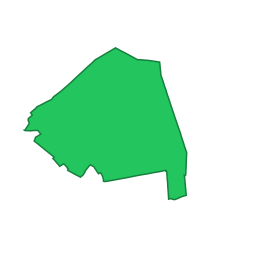 Berveni, Satu Mare, Romania, rotated 37°
{"feature_id": "2599482B34998434361639", "entity_name": "Berveni", "entity_type": "district", "adm_level": 2, "iso_a3": "ROU", "parent_name": "Romania", "parent_adm1": "Satu Mare", "projection": "mercator", "projection_center": [22.481, 47.774], "detail": "fine", "context": "isolated", "style": "filled", "palette": "green", "viewbox_px": 256, "rotation_deg": 37, "n_neighbors": 0, "source": "geoboundaries", "source_scale": "gbopen_adm2", "svg_char_len": 3129}
<svg xmlns="http://www.w3.org/2000/svg" viewBox="0 0 256 256"><g transform="rotate(37 128 128)"><path d="M203.3,160.4L204.3,159.0L204.5,158.7L205.7,158.4L206.4,158.1L207.6,157.6L208.5,157.0L209.1,156.1L212.1,150.7L213.6,148.6L214.2,147.8L215.0,146.7L213.1,144.6L210.6,141.8L208.1,139.1L205.6,136.3L204.2,134.8L202.4,132.9L201.5,131.9L202.3,131.9L202.3,130.7L200.3,127.8L198.4,124.9L196.4,122.1L195.1,120.3L193.7,118.2L191.7,115.3L189.8,112.5L187.1,110.6L184.2,108.7L181.7,106.8L178.8,104.8L175.3,102.4L173.4,100.9L171.3,99.5L169.7,98.4L169.2,98.1L167.4,96.9L164.6,95.0L163.6,94.3L161.8,93.1L158.8,91.1L156.0,89.1L152.6,86.8L149.7,84.8L146.8,82.8L143.8,80.7L140.5,78.5L137.0,76.0L135.6,74.9L134.0,73.9L132.9,73.2L130.6,71.6L128.5,70.0L125.6,68.1L122.7,66.2L120.1,63.3L118.3,61.4L116.0,58.9L113.6,56.3L111.0,57.7L108.6,59.0L106.4,60.2L104.6,61.2L104.0,61.5L101.6,63.0L99.3,64.5L97.0,65.9L94.9,67.4L94.7,67.7L92.5,68.0L90.0,68.4L86.5,68.9L84.3,69.2L81.8,69.6L78.2,70.2L76.7,70.5L73.3,71.0L69.8,71.5L68.6,74.4L67.5,77.2L66.0,80.6L64.8,83.6L63.4,87.0L62.1,90.2L60.7,93.4L60.6,94.3L60.4,95.5L60.0,98.2L59.3,101.6L58.9,103.6L58.6,105.4L58.3,106.9L58.1,108.4L57.5,111.8L56.8,115.3L56.2,118.8L55.6,122.2L55.1,125.5L54.4,129.1L54.1,130.6L53.7,132.5L53.1,134.9L53.1,135.5L52.9,135.9L52.6,138.0L51.8,140.7L51.3,142.5L50.6,145.1L49.8,147.6L49.8,149.3L49.8,150.1L49.8,151.3L48.5,153.7L47.3,156.0L46.3,158.1L45.3,160.3L43.9,163.2L42.5,165.8L42.6,166.8L42.6,167.1L42.1,169.3L41.5,172.1L41.2,173.6L41.0,174.4L42.4,174.9L43.4,175.2L43.8,175.4L43.5,176.9L42.9,179.6L42.7,180.6L43.8,182.1L45.4,182.9L46.2,183.8L46.4,184.4L46.6,185.5L46.7,187.6L46.8,188.9L46.8,189.3L46.9,191.1L46.9,191.8L46.6,192.1L46.9,192.1L47.3,192.0L47.9,191.6L50.1,190.1L51.0,189.5L51.6,189.1L51.9,188.9L52.7,188.1L52.9,187.9L53.2,187.6L53.6,187.3L54.5,186.5L54.8,186.3L55.1,186.0L56.1,185.3L56.9,184.7L57.6,184.2L58.9,184.5L62.0,185.4L60.9,188.3L59.7,191.2L60.2,192.1L60.9,194.9L62.1,194.9L63.4,194.9L69.1,195.1L74.5,195.3L77.4,195.4L85.8,195.7L86.4,195.7L86.4,197.7L87.8,197.7L91.6,198.6L93.1,198.9L94.8,199.2L96.6,199.7L96.8,198.8L97.3,197.6L97.7,196.8L98.1,195.4L98.3,195.3L99.6,195.4L101.0,195.8L101.5,195.9L102.0,195.9L102.5,195.7L102.9,196.0L103.3,196.4L103.5,196.5L104.3,196.5L104.8,196.4L104.9,196.9L105.3,198.1L108.7,197.6L114.2,196.8L114.1,196.7L117.2,196.3L118.9,196.0L119.2,195.9L119.5,195.9L119.5,195.6L119.7,195.3L120.4,192.6L120.4,192.3L120.1,189.2L119.8,189.1L119.7,184.7L119.8,182.4L120.0,180.2L122.2,179.8L124.0,179.5L129.9,181.6L132.0,182.3L132.3,181.6L132.4,181.4L132.9,180.2L134.2,180.7L135.7,181.4L137.2,182.2L137.5,182.4L139.1,183.7L139.7,184.3L140.2,185.0L140.4,185.3L141.2,185.1L141.6,184.8L142.5,184.0L144.2,182.2L146.9,179.3L150.3,175.6L150.6,175.2L151.2,174.6L154.4,171.1L158.4,166.8L161.7,163.0L165.5,158.8L168.6,155.5L171.4,152.6L174.6,149.0L178.1,145.3L179.2,144.1L182.6,140.3L182.8,140.1L183.3,139.6L183.7,139.0L184.0,139.3L183.9,139.5L184.0,139.7L184.2,139.8L185.0,139.6L185.6,140.0L186.0,140.5L186.8,141.4L187.6,142.3L190.0,145.1L192.6,147.9L194.9,150.7L198.0,154.2L203.3,160.4Z" fill="#22c55e" stroke="#15803d" stroke-width="1.5"/></g></svg>